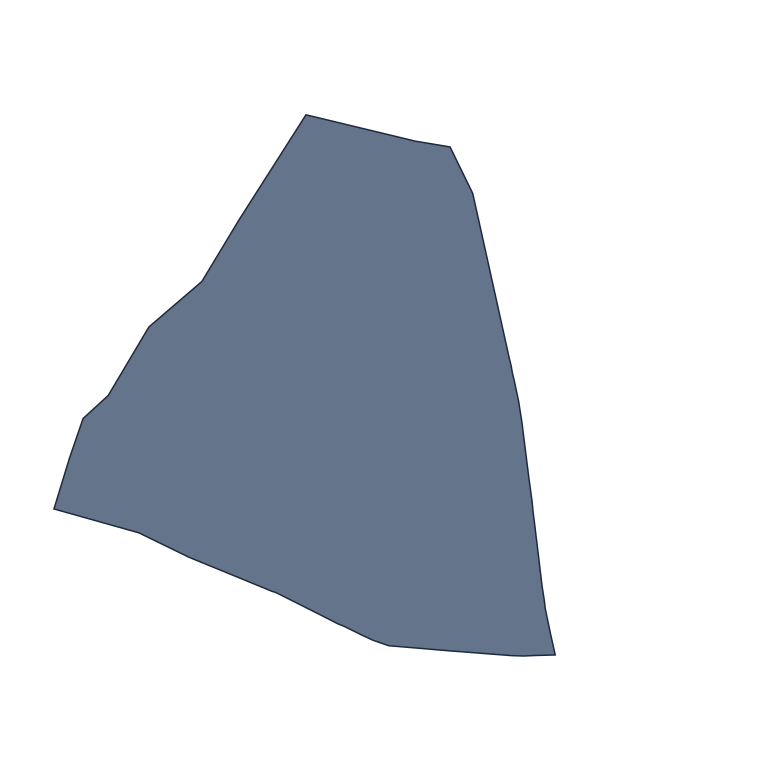 San Miguel Chicahua, Oaxaca, Mexico (Albers equal-area conic projection), rotated 113°
{"feature_id": "50627088B2748566546395", "entity_name": "San Miguel Chicahua", "entity_type": "district", "adm_level": 2, "iso_a3": "MEX", "parent_name": "Mexico", "parent_adm1": "Oaxaca", "projection": "albers", "projection_center": [-97.191, 17.633], "detail": "fine", "context": "isolated", "style": "filled", "palette": "slate", "viewbox_px": 768, "rotation_deg": 113, "n_neighbors": 0, "source": "geoboundaries", "source_scale": "gbopen_adm2", "svg_char_len": 783}
<svg xmlns="http://www.w3.org/2000/svg" viewBox="0 0 768 768"><g transform="rotate(113 384 384)"><path d="M243.5,327.1L174.0,376.7L171.7,379.3L140.0,415.8L148.3,450.4L166.7,561.0L289.6,581.6L360.8,591.7L423.3,622.7L502.4,633.4L533.3,647.5L574.5,644.6L628.0,639.0L616.8,551.6L619.7,495.7L618.6,405.4L618.3,404.0L618.2,402.2L621.5,350.9L622.8,332.5L622.6,328.1L623.8,305.6L624.2,294.1L623.5,283.5L623.0,277.1L604.1,219.6L604.0,219.2L584.0,159.9L579.8,149.1L574.5,138.0L568.7,125.3L566.5,120.5L549.9,132.4L527.9,147.7L520.5,151.9L508.5,159.4L505.0,161.4L469.9,181.5L464.8,184.5L456.5,189.2L443.3,196.9L434.4,201.7L413.6,214.1L365.5,242.0L347.2,253.4L329.2,266.0L324.0,269.9L317.1,274.4L311.4,278.7L273.4,305.8L243.5,327.1Z" fill="#64748b" stroke="#1e293b" stroke-width="1.5"/></g></svg>